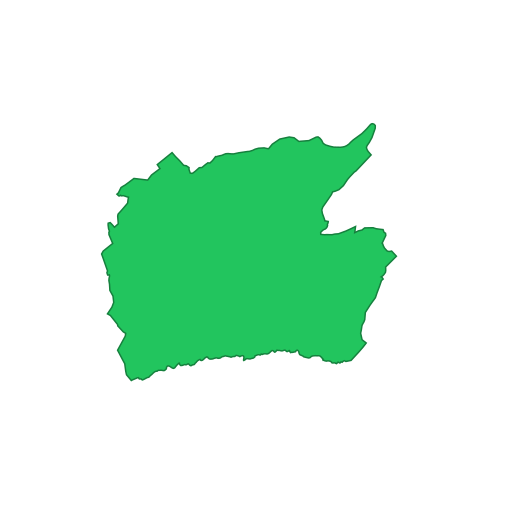 the district of Otmah, Dhamar, Yemen, rotated 228°
{"feature_id": "15242507B73585871072840", "entity_name": "Otmah", "entity_type": "district", "adm_level": 2, "iso_a3": "YEM", "parent_name": "Yemen", "parent_adm1": "Dhamar", "projection": "equal_earth", "projection_center": [43.928, 14.474], "detail": "fine", "context": "isolated", "style": "filled", "palette": "green", "viewbox_px": 512, "rotation_deg": 228, "n_neighbors": 0, "source": "geoboundaries", "source_scale": "gbopen_adm2", "svg_char_len": 6130}
<svg xmlns="http://www.w3.org/2000/svg" viewBox="0 0 512 512"><g transform="rotate(228 256 256)"><path d="M356.9,292.2L356.7,291.3L356.0,287.4L356.0,285.9L355.9,284.0L357.5,282.5L357.5,281.6L357.7,280.4L357.8,278.7L357.9,275.1L359.6,272.9L359.6,267.7L359.8,265.3L360.0,264.1L361.0,263.0L361.7,262.6L365.3,264.2L366.5,265.4L369.7,264.6L371.8,262.9L377.7,263.0L383.8,262.7L389.0,262.8L390.0,243.8L385.2,243.1L386.1,232.6L384.9,226.3L395.3,217.2L396.3,206.2L396.9,203.4L397.2,201.5L395.0,196.0L395.0,194.0L392.9,194.2L392.3,194.3L392.0,194.7L391.8,195.3L391.7,196.1L390.8,196.2L389.5,197.9L386.0,199.9L385.0,200.6L383.3,198.4L381.2,196.0L380.6,191.7L380.0,187.0L379.4,181.5L378.2,179.9L372.1,175.2L372.1,170.1L376.0,170.1L378.4,170.0L379.3,168.1L378.1,166.9L374.8,164.6L372.5,163.7L372.3,163.1L372.1,162.6L370.2,161.0L361.2,157.9L361.9,145.8L360.8,142.6L356.4,140.8L344.3,135.7L343.3,134.0L341.3,133.1L340.9,133.1L340.1,134.4L339.2,133.9L337.5,131.6L336.1,130.2L333.1,128.3L328.2,124.4L321.9,122.9L316.7,119.2L314.4,114.7L314.0,113.2L312.4,106.9L309.2,108.0L297.7,107.3L296.6,106.5L288.5,106.6L285.7,107.4L283.9,105.2L278.6,90.1L267.5,87.3L263.8,86.4L257.4,82.0L254.4,80.3L249.1,80.1L246.9,80.0L246.6,81.3L246.0,83.0L245.3,85.0L244.9,86.3L244.2,87.3L243.6,87.1L242.8,87.0L242.3,87.4L241.6,88.3L241.1,88.4L240.1,88.5L239.8,88.8L239.3,90.4L239.0,91.5L238.5,93.6L238.1,94.4L237.8,94.9L237.6,96.0L237.8,96.9L237.9,97.7L237.7,98.6L237.7,99.0L237.8,101.1L237.8,102.4L237.7,103.4L237.3,104.4L236.5,105.6L236.5,106.3L236.4,106.9L235.4,108.0L234.7,109.0L233.3,110.1L232.4,110.9L232.1,111.7L232.1,112.6L232.1,113.7L232.5,114.3L233.2,115.1L233.5,116.3L233.1,117.2L232.4,117.7L231.1,118.3L229.8,118.5L228.3,119.1L227.7,119.5L227.4,120.3L227.3,121.1L227.5,121.7L227.9,124.6L227.9,127.1L227.6,127.4L227.0,126.9L226.2,126.7L225.1,126.7L224.7,127.1L224.1,127.9L223.6,129.0L223.3,130.0L222.7,130.6L222.0,131.1L221.7,131.8L221.5,133.0L221.1,133.6L220.2,133.7L219.3,133.7L218.4,133.9L217.9,134.4L217.7,135.1L217.6,136.1L217.0,136.8L216.7,137.5L216.8,138.4L217.0,138.9L217.0,140.4L217.2,141.4L217.2,143.0L216.9,144.3L216.6,145.2L215.8,145.1L215.4,145.1L214.7,145.7L214.4,146.5L214.3,147.5L214.3,148.5L214.4,149.6L214.0,151.9L213.0,152.4L212.1,152.2L211.1,152.4L210.2,152.8L209.5,153.6L208.8,154.5L208.3,155.4L207.9,156.5L207.4,157.4L207.1,158.2L206.6,158.6L205.3,159.4L204.3,160.8L204.0,161.6L204.0,162.7L203.5,164.1L203.1,164.6L202.6,165.9L202.3,166.5L201.7,166.8L200.7,167.6L199.6,168.4L198.9,168.9L198.3,169.4L197.5,169.7L197.3,170.3L196.9,171.2L196.5,171.9L196.0,172.4L195.5,173.1L195.5,174.0L195.4,174.8L193.4,176.2L192.1,176.6L192.0,176.8L191.8,177.7L191.4,178.7L191.0,179.3L190.4,179.7L189.8,179.7L189.1,179.4L188.5,179.0L188.0,178.3L187.4,177.5L186.8,177.0L186.5,177.0L186.4,177.7L186.2,178.3L186.2,180.0L185.8,180.5L185.1,181.3L184.1,182.0L183.3,183.0L183.0,183.8L182.4,184.8L181.9,185.8L181.8,186.8L181.8,187.6L182.4,188.3L182.3,188.7L181.4,191.3L180.6,192.2L179.7,192.7L179.4,193.3L179.7,194.2L179.5,194.4L178.9,194.7L178.4,195.1L178.3,195.9L177.7,196.8L176.9,197.7L175.8,198.6L175.1,200.2L175.1,203.6L175.1,204.4L174.4,205.2L173.7,205.5L173.1,205.4L172.7,205.4L172.2,205.4L171.8,206.0L171.8,207.0L172.0,208.6L171.7,208.7L170.9,209.4L170.3,210.1L169.8,210.5L169.4,210.7L168.8,211.2L168.2,211.7L167.8,212.3L167.5,213.0L166.9,214.3L166.6,214.6L164.5,214.9L164.1,215.2L163.9,215.6L163.7,216.3L163.6,217.0L163.6,217.4L163.4,217.6L163.2,217.6L162.9,217.3L162.4,217.1L162.1,217.2L161.7,217.1L161.0,217.1L160.8,217.7L160.4,218.1L160.0,218.6L159.5,219.4L159.1,220.2L158.7,220.7L158.5,221.1L158.4,221.5L158.5,221.7L158.8,222.5L158.7,223.1L158.5,223.6L157.8,223.9L157.1,223.9L156.4,223.8L155.0,223.0L153.8,222.6L153.1,222.6L152.5,222.9L151.7,223.3L150.1,224.0L149.7,223.9L149.2,224.0L148.4,224.5L147.5,225.1L145.1,226.8L144.5,227.7L144.3,228.2L144.3,229.2L144.3,230.0L143.8,231.3L142.2,233.4L141.2,234.4L139.8,236.0L139.0,236.6L136.4,236.9L135.5,236.7L134.6,236.9L134.3,236.7L134.1,236.2L133.5,236.1L133.2,236.6L132.7,236.8L132.1,237.0L131.8,237.2L130.9,237.9L130.6,238.2L129.9,239.4L128.5,240.5L127.7,240.9L127.1,241.1L126.5,241.0L126.0,240.9L125.7,241.1L125.2,241.4L124.5,242.3L124.0,243.0L122.2,243.7L122.1,243.9L122.1,244.4L122.2,244.6L122.2,245.2L122.3,245.6L122.2,246.0L120.7,246.5L120.3,246.8L120.3,247.1L120.3,247.3L120.4,247.7L120.5,248.1L120.4,248.4L119.4,248.9L119.4,250.6L119.1,251.6L117.5,252.2L114.8,256.8L115.8,267.5L116.7,274.7L117.6,279.7L122.8,278.8L128.6,282.1L130.5,284.7L133.4,288.2L134.2,290.1L134.8,292.0L135.9,294.2L140.9,299.5L143.2,307.9L144.0,311.5L145.1,316.8L147.7,321.4L150.7,327.2L153.8,332.8L153.8,335.1L156.1,335.4L156.7,335.1L156.5,336.9L156.6,338.5L157.2,341.2L158.4,342.7L161.1,345.0L161.9,360.2L168.9,360.1L170.0,358.3L171.2,357.2L172.2,356.8L175.9,356.8L178.2,357.4L180.3,358.3L181.1,358.3L184.4,366.2L186.2,367.5L188.0,367.0L190.6,368.1L192.4,366.5L195.8,363.6L198.7,361.9L204.2,355.5L204.4,352.1L206.2,348.8L207.3,345.0L211.3,349.7L212.5,345.6L214.4,339.5L216.6,334.0L217.3,332.2L219.6,329.2L221.0,326.7L224.9,322.5L225.8,321.3L228.7,318.6L230.2,319.8L230.4,320.7L230.4,323.3L230.2,324.3L229.8,325.2L229.7,325.9L229.7,326.8L230.0,328.2L230.7,329.5L231.8,330.3L232.4,331.7L233.3,332.8L236.1,330.7L237.3,331.4L243.2,333.8L246.2,335.7L247.7,338.4L249.5,346.1L251.2,353.2L252.4,355.8L251.1,358.4L249.8,362.0L249.8,363.8L249.8,368.0L251.6,375.1L252.1,378.7L252.6,385.2L252.3,387.2L254.1,409.2L258.8,409.3L261.1,409.8L262.9,410.8L263.7,412.4L264.6,416.2L266.4,421.4L271.1,430.0L272.3,431.2L273.1,431.9L274.6,432.0L276.2,431.3L276.8,430.5L277.1,429.2L276.4,423.3L276.1,416.6L277.2,405.9L277.2,402.3L277.0,400.1L277.3,397.3L278.0,395.1L278.9,393.5L280.2,391.6L284.8,386.7L288.0,384.4L292.0,382.0L294.4,381.4L295.3,381.4L298.0,382.2L300.7,382.3L303.0,381.8L304.1,380.2L306.3,372.6L312.5,364.5L318.4,363.4L322.2,360.3L327.0,351.9L328.2,342.9L327.3,337.2L328.1,336.4L330.9,334.4L334.4,330.0L336.0,326.8L336.7,324.3L338.1,321.2L339.4,319.5L344.2,312.3L346.9,307.6L348.4,306.0L350.8,303.8L352.2,302.0L353.0,300.0L353.6,298.1L355.1,295.5L356.8,292.2L356.9,292.2Z" fill="#22c55e" stroke="#15803d" stroke-width="1.5"/></g></svg>